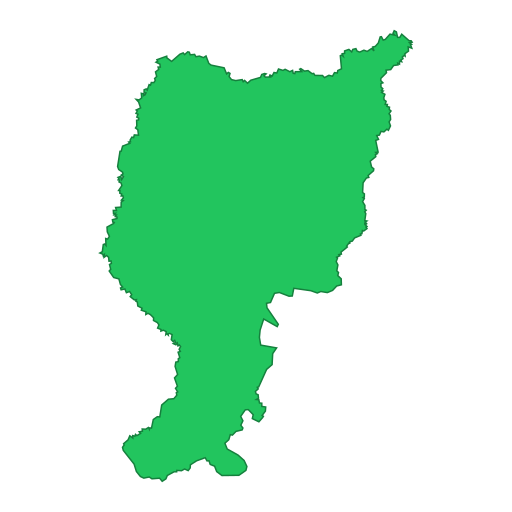 outline of Nam Khun, Ubon Ratchathani, Thailand
{"feature_id": "78962969B96008774598843", "entity_name": "Nam Khun", "entity_type": "district", "adm_level": 2, "iso_a3": "THA", "parent_name": "Thailand", "parent_adm1": "Ubon Ratchathani", "projection": "mercator", "projection_center": [104.905, 14.55], "detail": "fine", "context": "isolated", "style": "filled", "palette": "green", "viewbox_px": 512, "rotation_deg": 0, "n_neighbors": 0, "source": "geoboundaries", "source_scale": "gbopen_adm2", "svg_char_len": 5972}
<svg xmlns="http://www.w3.org/2000/svg" viewBox="0 0 512 512"><path d="M394.2,30.7L393.0,33.3L394.8,35.2L390.0,34.1L385.3,39.4L383.2,40.1L381.4,36.7L380.2,36.9L378.3,43.0L375.3,46.4L372.7,47.0L374.0,50.9L371.6,48.5L367.2,51.4L363.9,50.2L359.7,52.1L357.1,51.1L355.9,48.6L352.8,49.4L351.7,51.9L348.9,49.4L344.6,50.9L344.6,53.4L342.2,53.7L343.1,56.2L341.7,55.0L340.3,55.7L341.5,68.8L337.8,70.5L337.3,73.0L334.5,72.6L332.5,76.2L328.9,75.3L324.5,77.6L322.5,75.5L314.9,75.4L313.7,73.4L312.1,73.7L308.0,70.6L304.5,71.1L300.8,68.6L299.7,69.2L301.7,71.6L295.3,71.7L294.8,73.6L293.2,73.3L292.6,70.4L289.8,71.7L285.1,69.3L283.0,70.4L278.5,69.0L276.8,73.0L274.0,72.5L272.2,76.0L270.0,75.0L269.6,76.0L271.5,77.0L265.3,77.1L264.0,75.8L266.1,73.9L264.6,73.5L261.7,74.5L260.5,77.4L250.8,80.2L247.5,83.2L244.6,80.4L243.2,81.7L242.2,79.6L235.7,80.6L231.5,79.6L229.1,76.6L230.0,73.4L228.3,72.4L226.6,73.9L224.1,67.8L211.1,65.1L208.8,63.4L206.0,56.0L203.5,57.6L199.4,56.1L195.9,56.7L194.6,54.4L190.2,54.8L189.3,52.2L187.8,51.8L184.6,54.6L183.2,52.9L179.9,54.2L171.6,61.4L166.9,57.9L166.7,56.2L156.9,59.7L157.7,61.2L156.0,62.2L159.9,64.1L160.3,67.1L158.1,67.1L158.7,69.4L155.5,71.9L156.7,76.5L154.6,78.5L155.3,80.3L153.9,82.6L151.3,82.5L150.5,85.2L149.1,84.6L147.2,90.1L146.2,88.9L144.1,89.8L144.1,92.5L146.0,92.9L145.1,94.8L143.6,95.6L143.8,93.9L141.3,93.3L141.7,97.9L139.1,99.9L136.2,99.4L138.6,102.0L140.6,107.9L136.2,110.0L137.4,110.9L136.0,113.4L138.0,114.2L136.8,117.1L138.7,118.1L138.6,119.9L136.6,120.3L136.8,125.9L135.5,128.0L137.8,129.7L138.5,135.2L134.3,134.9L133.6,137.6L131.9,137.1L130.1,140.1L130.5,141.7L128.7,142.0L129.8,143.3L122.6,146.1L121.2,151.2L120.0,151.3L117.6,166.5L118.7,169.5L122.5,172.1L123.0,173.9L121.4,175.0L123.5,176.6L121.7,179.6L120.7,176.3L118.0,177.4L118.9,178.2L118.1,179.8L119.6,180.0L119.0,181.9L121.1,183.0L121.9,185.6L118.6,190.5L119.9,190.6L119.8,193.2L121.7,194.0L121.2,196.0L122.8,195.8L123.4,197.8L121.4,200.1L123.2,200.6L121.2,202.1L121.1,207.1L115.6,207.5L116.5,210.5L113.3,210.4L113.5,213.5L115.5,213.3L114.1,214.9L116.4,215.0L115.3,216.6L117.1,217.1L117.0,218.5L112.4,219.7L112.8,222.1L114.2,222.5L113.6,223.5L107.0,227.1L107.3,231.9L109.4,236.3L107.6,239.1L105.7,238.5L106.0,245.5L104.7,244.0L103.3,244.5L102.3,251.7L99.9,253.0L102.8,254.2L103.3,255.9L104.3,254.7L104.1,257.3L106.6,255.5L108.6,257.3L109.0,261.2L111.1,261.0L111.4,263.4L109.5,264.5L110.7,269.3L109.2,271.0L113.7,277.5L118.9,278.9L120.4,284.4L122.6,287.0L120.5,288.0L121.1,289.8L124.9,289.0L126.4,292.7L129.6,291.5L131.7,294.7L130.2,296.6L134.3,299.9L136.4,299.6L135.8,301.1L137.3,302.0L137.8,306.0L142.0,308.2L141.3,310.2L146.0,311.8L145.8,314.5L148.0,313.3L150.4,314.6L153.6,317.8L153.5,320.5L157.4,322.6L158.9,324.9L157.6,328.1L161.0,329.5L160.9,331.1L163.4,330.2L166.2,331.6L165.8,334.6L166.8,333.7L168.2,335.0L168.0,333.8L169.7,333.4L172.1,334.6L171.3,339.7L173.2,341.7L174.7,340.4L175.6,342.4L173.3,343.6L175.9,344.8L177.3,343.0L178.0,345.9L179.4,345.0L180.6,346.6L179.1,349.3L180.3,351.4L178.1,352.2L179.8,357.7L178.3,358.7L178.3,361.6L175.8,362.1L175.1,366.4L177.6,374.5L174.5,377.9L177.4,386.2L175.5,388.3L177.7,391.9L176.3,392.7L176.8,395.2L173.8,398.7L168.4,399.2L161.7,405.0L159.8,416.9L157.3,416.7L153.3,419.5L151.5,428.1L149.6,427.9L149.4,429.3L148.4,427.5L145.7,429.2L142.2,429.0L142.4,431.2L139.2,431.8L140.6,433.4L136.9,435.6L135.5,434.4L134.9,436.2L132.7,435.6L132.8,438.0L129.8,435.8L128.1,439.8L123.6,443.7L124.2,445.0L122.5,447.3L123.3,450.4L134.1,464.1L136.4,471.5L140.4,476.5L143.8,478.1L149.3,477.0L151.9,478.8L159.6,478.2L162.2,481.3L165.9,478.9L167.3,475.5L174.0,471.8L176.7,471.8L176.8,470.4L181.5,470.7L184.6,469.0L188.2,470.6L190.2,467.9L190.4,464.8L196.6,460.8L205.2,457.7L207.0,460.9L209.0,460.8L210.2,464.4L214.6,466.2L216.7,471.6L221.9,475.5L238.9,475.3L245.9,470.4L246.9,466.5L244.1,460.5L238.1,455.1L227.2,449.0L224.9,443.2L228.8,439.7L230.3,434.6L232.4,435.1L236.0,431.4L242.2,429.9L242.9,428.0L240.8,425.2L242.9,420.8L240.7,416.4L245.3,409.8L248.3,409.6L253.2,414.7L252.3,418.6L258.9,421.8L262.6,417.6L263.4,416.3L262.1,415.5L265.4,411.1L265.7,407.0L261.8,406.4L261.8,403.2L259.5,403.0L258.8,399.7L256.4,399.5L258.5,398.2L258.1,394.7L256.1,393.9L255.4,391.4L258.2,388.9L257.3,387.3L258.7,386.9L266.6,369.4L272.1,364.6L272.7,353.6L276.6,347.9L260.7,345.1L259.4,337.4L260.1,330.1L263.7,319.0L277.2,326.6L278.3,324.3L267.0,307.8L266.5,303.3L270.5,302.5L274.5,293.3L279.4,292.5L289.0,296.2L292.3,296.0L293.8,288.3L310.9,290.7L317.3,293.0L320.8,291.5L327.3,292.6L332.6,290.4L336.7,286.0L341.4,284.8L341.2,278.8L337.8,275.6L338.5,272.5L336.8,270.8L337.9,264.9L336.2,261.6L337.5,258.1L336.6,257.2L339.8,255.8L338.9,254.6L341.4,254.1L341.0,252.1L347.3,247.0L346.6,246.1L349.2,242.7L349.7,243.9L349.9,241.7L352.3,241.1L354.6,237.9L360.9,235.3L360.4,234.0L361.9,233.7L362.4,230.5L363.7,231.0L367.0,228.6L366.0,227.1L367.0,226.5L365.2,224.8L366.2,224.1L364.2,223.5L366.1,223.1L365.2,222.1L366.8,221.0L364.8,220.6L365.8,213.6L364.7,211.8L366.2,210.2L364.9,209.5L364.9,205.4L362.6,201.6L364.3,198.6L363.0,197.6L364.3,197.1L364.4,193.9L362.6,192.5L363.1,182.8L366.4,178.0L368.8,177.4L368.1,175.5L373.5,170.8L373.8,168.8L371.6,167.0L370.2,161.2L375.8,156.6L375.4,154.6L377.3,153.7L375.8,152.4L378.1,152.1L375.7,140.4L378.5,139.4L376.7,135.5L379.4,135.1L381.0,131.4L383.9,131.9L386.9,129.2L388.4,130.3L390.5,125.9L389.1,121.9L390.6,119.5L390.3,115.3L389.0,113.8L391.0,111.0L389.2,109.4L389.5,107.2L386.9,106.4L387.4,104.5L385.2,104.4L386.1,101.3L384.1,99.9L383.8,97.7L384.9,94.3L381.6,92.4L383.2,91.0L381.5,90.5L382.8,88.7L381.0,87.0L380.9,83.6L382.9,82.8L380.7,80.5L380.9,78.3L386.5,72.7L386.0,70.2L390.7,69.6L393.6,65.5L398.0,64.9L397.7,63.2L399.5,64.1L399.5,61.2L401.7,61.7L400.9,60.0L403.0,58.7L402.3,57.0L404.2,55.4L405.1,56.1L404.9,53.7L408.5,51.1L408.2,46.9L411.8,48.2L410.5,44.6L411.5,44.3L409.5,42.7L412.1,42.2L411.2,40.8L409.1,40.7L401.7,34.2L399.8,37.4L397.6,37.4L396.4,31.9L394.2,30.7Z" fill="#22c55e" stroke="#15803d" stroke-width="1.5"/></svg>